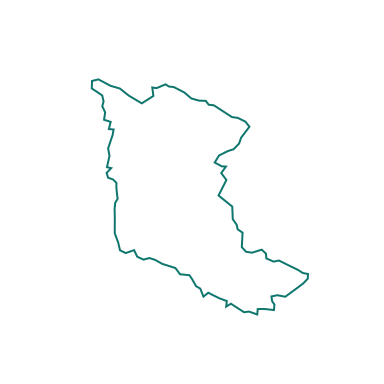 the district of Herveiras, Rio Grande do Sul, Brazil, rotated 213°
{"feature_id": "56859067B41615897262901", "entity_name": "Herveiras", "entity_type": "district", "adm_level": 2, "iso_a3": "BRA", "parent_name": "Brazil", "parent_adm1": "Rio Grande do Sul", "projection": "orthographic", "projection_center": [-52.676, -29.446], "detail": "fine", "context": "isolated", "style": "outline", "palette": "teal", "viewbox_px": 384, "rotation_deg": 213, "n_neighbors": 0, "source": "geoboundaries", "source_scale": "gbopen_adm2", "svg_char_len": 1556}
<svg xmlns="http://www.w3.org/2000/svg" viewBox="0 0 384 384"><g transform="rotate(213 192 192)"><path d="M179.4,278.0L185.5,280.1L194.0,279.1L199.3,276.6L208.2,276.6L221.0,276.6L225.5,274.3L230.1,275.9L236.0,272.4L243.6,270.1L252.6,271.3L264.4,270.1L268.8,267.9L272.8,267.9L278.3,259.8L282.2,258.0L276.7,251.5L282.4,239.0L297.3,238.4L308.9,239.5L318.1,236.7L331.8,235.5L336.3,230.7L332.5,224.3L319.9,224.1L315.5,219.8L313.9,215.0L308.2,211.5L305.1,204.7L298.4,206.5L296.0,199.5L291.8,201.7L289.6,196.5L288.1,190.6L286.1,182.9L280.9,177.4L276.8,166.5L272.8,168.0L274.0,161.5L270.2,158.3L265.0,159.5L260.4,158.5L257.9,154.6L253.6,149.2L250.7,145.9L250.5,141.1L247.6,135.5L243.0,128.8L238.5,121.8L234.3,115.3L226.5,109.5L220.6,103.9L214.3,104.7L208.9,111.7L202.7,107.9L195.8,108.9L191.8,113.4L185.9,115.0L177.8,115.5L164.5,119.2L157.2,116.5L148.9,120.8L144.5,119.0L137.3,115.2L132.5,115.5L125.4,110.5L123.5,116.4L118.3,116.9L111.0,117.8L103.4,119.5L100.9,114.5L98.5,119.5L89.6,119.5L82.9,119.5L79.0,122.8L70.6,124.8L73.1,129.6L69.5,132.1L65.7,134.3L59.0,137.6L61.5,142.4L65.5,144.2L68.5,147.7L64.2,151.9L56.7,155.0L54.6,160.6L51.2,169.6L48.9,176.1L47.7,182.4L50.1,186.4L55.0,184.4L60.5,184.4L74.5,182.7L81.7,181.9L85.6,178.1L93.5,176.8L96.4,180.6L102.1,181.6L108.6,173.8L114.1,171.3L120.2,172.9L127.4,185.4L133.4,185.6L136.6,188.8L143.0,191.4L150.3,201.7L167.8,203.5L169.7,220.8L177.8,223.8L177.4,231.8L181.1,229.7L189.0,229.1L189.2,237.4L184.2,245.9L180.4,250.5L178.9,258.3L180.4,264.2L179.4,278.0Z" fill="none" stroke="#0f766e" stroke-width="2"/></g></svg>